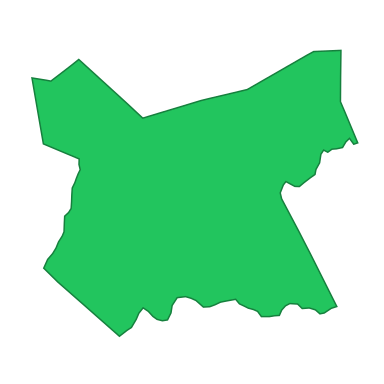 outline of Passira, Pernambuco, Brazil, rotated 182°
{"feature_id": "56859067B94485167726813", "entity_name": "Passira", "entity_type": "district", "adm_level": 2, "iso_a3": "BRA", "parent_name": "Brazil", "parent_adm1": "Pernambuco", "projection": "robinson", "projection_center": [-35.56, -8.013], "detail": "fine", "context": "isolated", "style": "filled", "palette": "green", "viewbox_px": 384, "rotation_deg": 182, "n_neighbors": 0, "source": "geoboundaries", "source_scale": "gbopen_adm2", "svg_char_len": 1382}
<svg xmlns="http://www.w3.org/2000/svg" viewBox="0 0 384 384"><g transform="rotate(182 192 192)"><path d="M75.3,336.6L81.9,332.7L140.4,296.3L177.3,286.2L186.2,283.7L243.8,264.1L261.9,279.8L309.8,320.5L318.2,313.3L336.9,297.9L341.5,298.6L355.9,300.4L342.2,234.9L305.9,221.1L305.9,215.6L304.5,210.4L306.3,206.4L308.0,201.7L309.4,197.2L311.8,191.8L312.0,184.6L312.0,178.0L312.2,171.3L314.6,167.2L318.4,163.4L318.5,156.5L318.5,147.8L320.1,143.5L323.6,137.5L325.9,131.3L329.1,125.6L333.9,119.6L337.5,110.7L322.8,97.2L297.1,76.2L259.5,45.3L252.1,51.5L247.8,54.5L243.3,62.8L240.9,69.0L236.8,74.5L231.5,71.2L226.7,66.3L222.5,63.5L217.1,62.3L212.0,63.3L208.8,70.4L207.9,77.9L203.1,85.9L194.7,87.2L189.3,85.8L184.2,83.7L176.6,77.4L170.2,78.0L165.1,80.1L159.7,82.9L154.7,84.1L144.6,86.3L140.7,81.9L135.6,79.7L131.7,77.9L126.5,76.7L122.3,75.0L118.3,69.9L110.2,70.2L105.2,71.2L100.4,71.7L98.2,77.2L94.6,81.5L90.4,83.9L82.5,83.7L77.8,79.4L70.8,80.2L64.5,78.5L59.9,74.7L55.6,75.7L48.8,80.6L43.3,82.6L71.8,134.8L75.3,141.0L78.1,146.0L83.6,155.9L102.2,188.3L103.8,194.2L101.0,202.2L98.5,205.7L89.4,201.2L84.9,201.2L80.6,205.1L74.2,210.4L69.7,213.8L68.9,218.9L65.5,225.6L64.5,234.2L61.9,238.5L57.7,236.5L53.6,239.7L49.2,240.2L43.1,241.7L40.0,247.4L36.5,251.1L32.0,245.4L28.1,246.9L42.0,277.2L46.8,287.4L47.5,311.8L48.1,338.7L75.3,336.6Z" fill="#22c55e" stroke="#15803d" stroke-width="1.5"/></g></svg>